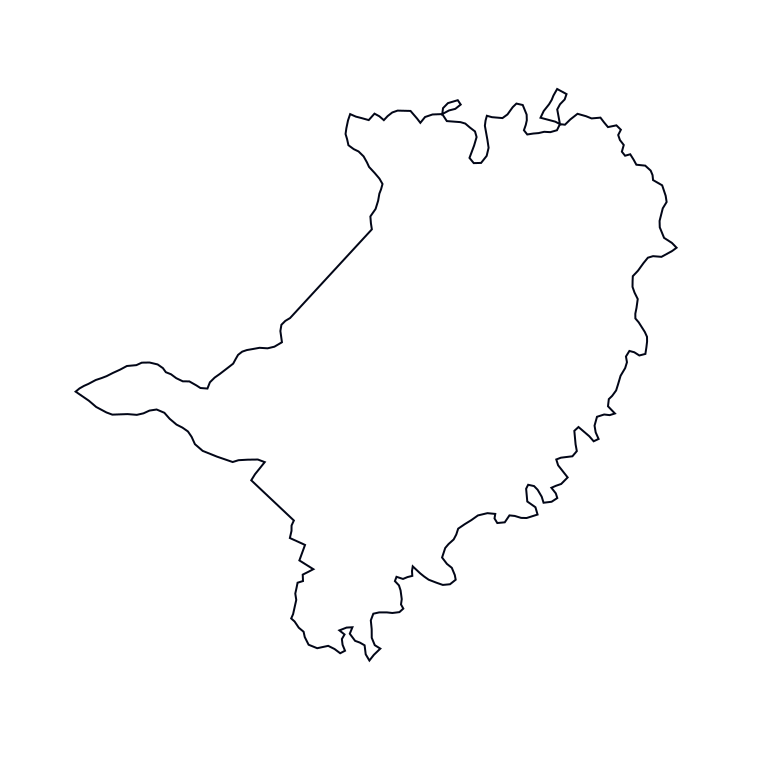 outline of Cornélio Procópio, Paraná, Brazil, rotated 263°
{"feature_id": "56859067B97278416412710", "entity_name": "Cornélio Procópio", "entity_type": "district", "adm_level": 2, "iso_a3": "BRA", "parent_name": "Brazil", "parent_adm1": "Paraná", "projection": "mercator", "projection_center": [-50.624, -23.195], "detail": "fine", "context": "isolated", "style": "outline", "palette": "ink", "viewbox_px": 768, "rotation_deg": 263, "n_neighbors": 0, "source": "geoboundaries", "source_scale": "gbopen_adm2", "svg_char_len": 4277}
<svg xmlns="http://www.w3.org/2000/svg" viewBox="0 0 768 768"><g transform="rotate(263 384 384)"><path d="M656.0,383.3L650.0,380.4L642.4,377.8L636.8,376.3L631.6,377.2L625.3,377.8L620.8,382.6L617.9,387.1L612.4,391.5L606.0,394.1L601.3,395.6L594.5,400.5L588.4,404.5L582.7,406.9L577.6,404.8L573.5,402.6L566.6,400.5L558.8,397.0L552.0,390.9L545.1,390.6L539.0,390.8L460.9,298.8L458.7,293.8L455.3,289.4L449.2,287.6L437.9,287.8L434.4,279.8L433.6,272.8L435.1,264.9L434.7,257.9L434.4,252.0L433.4,247.2L430.7,242.7L426.7,239.7L422.6,236.8L418.9,230.6L414.0,222.3L411.0,216.7L406.9,211.4L401.0,208.2L402.4,201.3L405.4,197.7L410.3,191.1L411.2,184.6L415.1,178.5L419.6,173.8L422.3,168.9L426.7,166.5L431.0,161.7L433.9,153.9L434.7,146.2L432.9,140.5L433.2,131.0L430.4,123.8L428.0,116.2L425.6,109.6L424.3,104.4L423.1,98.4L420.1,90.6L418.7,86.0L416.7,81.2L414.0,77.0L403.4,89.0L396.3,95.5L389.6,105.0L386.7,110.6L385.4,125.7L383.5,134.9L384.2,141.7L386.2,148.0L386.4,155.2L382.2,162.5L375.6,167.0L369.0,173.1L365.3,178.6L360.8,183.6L355.0,186.6L347.3,189.0L339.7,195.9L332.3,209.3L325.0,224.3L326.1,230.3L325.5,239.4L324.4,249.6L321.0,256.1L310.2,245.0L304.6,240.5L259.5,277.9L254.8,275.0L249.5,274.3L242.6,271.8L233.9,286.0L219.2,278.5L208.8,291.3L206.9,286.3L204.7,280.1L198.3,279.6L197.3,274.0L192.2,272.3L186.8,270.4L180.4,270.6L166.6,265.7L162.6,263.3L159.2,266.3L152.5,269.7L147.9,274.0L142.5,274.5L134.4,277.4L129.9,285.5L130.9,296.7L127.0,302.6L122.1,307.7L124.0,312.8L130.2,311.1L136.0,311.1L140.2,314.3L144.9,309.7L146.8,317.2L146.4,323.0L140.3,319.6L132.6,324.0L130.3,328.5L127.0,332.9L117.9,332.9L111.3,335.8L116.4,340.9L121.8,348.1L125.9,343.0L133.6,340.9L142.2,341.9L151.0,342.1L157.3,345.4L157.9,351.5L157.0,358.8L155.7,364.4L155.7,371.5L158.7,375.8L163.1,374.0L168.3,375.4L177.1,375.3L182.3,374.3L187.0,370.8L191.1,372.9L188.2,379.1L189.5,383.8L190.1,388.7L195.0,389.0L199.5,390.3L191.7,396.8L187.9,400.5L184.3,404.5L180.3,412.0L177.4,417.9L177.2,425.1L181.0,431.3L185.7,431.0L193.3,428.9L197.8,424.5L204.7,420.5L213.8,424.8L217.3,428.6L221.2,434.2L225.8,437.4L231.4,440.0L235.0,447.0L238.3,454.2L242.1,461.2L243.2,470.9L241.5,478.6L237.1,477.3L232.2,479.5L232.0,487.0L238.3,492.5L237.1,497.7L234.4,503.8L233.6,509.2L235.7,520.5L243.2,519.3L249.9,511.9L262.7,512.3L266.4,514.8L264.4,520.5L260.3,523.6L252.9,526.8L246.7,527.9L246.7,536.0L249.7,542.1L254.5,541.2L260.6,537.5L262.0,542.2L263.2,547.7L268.9,554.9L275.0,551.2L282.1,546.9L288.1,545.8L289.3,550.6L289.3,562.2L293.9,567.2L300.8,566.8L314.3,567.2L317.6,571.8L307.1,581.4L301.6,585.1L303.3,590.3L310.2,588.2L317.0,587.9L325.5,591.4L326.9,598.8L325.6,604.2L326.6,609.6L334.6,603.6L341.6,605.3L344.4,609.0L349.3,613.6L355.0,616.2L363.3,619.8L370.4,625.3L376.0,627.8L381.8,627.5L386.9,631.6L385.0,636.3L381.2,640.9L382.0,647.1L388.4,648.9L394.1,650.3L398.8,650.8L403.9,649.2L414.2,644.3L418.4,641.5L423.1,642.0L428.8,643.9L437.4,646.2L444.2,643.8L450.1,642.5L456.0,643.3L460.7,644.1L465.5,649.9L472.3,656.2L477.2,661.3L478.1,666.6L476.4,674.9L480.9,686.2L483.6,691.0L488.9,687.0L494.9,679.8L505.9,676.8L512.3,677.4L524.4,682.1L530.2,686.7L536.5,686.5L547.3,684.3L553.6,675.9L558.6,676.0L563.3,674.7L568.9,669.9L570.9,661.2L576.2,659.1L582.0,656.4L581.2,651.1L585.6,648.4L592.0,651.1L597.4,647.9L602.6,646.8L607.5,650.1L612.4,646.2L611.7,637.6L617.0,634.2L622.0,631.3L622.3,622.4L625.2,617.1L628.6,609.0L623.9,601.2L619.3,595.2L620.5,590.3L614.8,586.6L613.7,579.8L614.8,573.7L614.2,568.0L614.4,562.7L614.2,556.6L618.8,553.8L623.9,556.3L628.4,557.9L634.0,558.4L644.0,555.7L646.2,549.6L643.1,545.5L636.5,539.4L633.5,534.0L635.7,523.6L637.7,518.8L633.1,516.9L628.0,515.6L613.6,516.4L605.7,516.6L597.9,513.7L591.6,507.3L592.3,500.0L598.0,496.4L609.7,502.5L617.8,506.0L623.6,505.1L628.0,500.6L632.6,496.4L634.6,491.8L637.3,478.4L644.8,474.7L645.6,465.0L644.0,457.3L638.8,451.9L643.4,449.2L651.8,443.6L653.7,430.8L652.5,425.3L649.5,420.3L645.9,416.0L650.3,412.0L653.5,407.5L647.8,401.0L650.6,394.3L652.8,388.7L656.0,383.3ZM620.5,590.3L635.4,589.4L640.2,592.8L644.4,598.0L649.5,600.5L655.7,591.8L649.6,587.3L645.6,585.1L641.5,581.9L635.5,575.8L629.2,571.8L623.5,586.0L620.5,590.3ZM644.8,474.7L647.6,481.9L648.4,488.3L652.0,494.2L656.7,491.8L655.0,481.7L650.6,476.2L644.8,474.7Z" fill="none" stroke="#020617" stroke-width="2"/></g></svg>